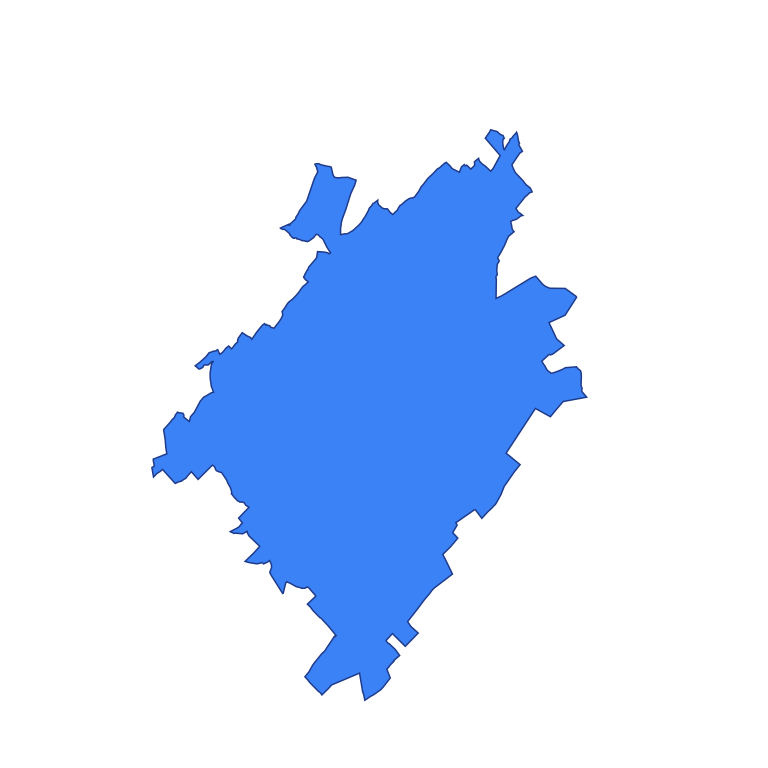 the district of Espita, Yucatán, Mexico, rotated 220°
{"feature_id": "50627088B66728778479631", "entity_name": "Espita", "entity_type": "district", "adm_level": 2, "iso_a3": "MEX", "parent_name": "Mexico", "parent_adm1": "Yucatán", "projection": "equal_earth", "projection_center": [-88.312, 21.01], "detail": "fine", "context": "isolated", "style": "filled", "palette": "blue", "viewbox_px": 768, "rotation_deg": 220, "n_neighbors": 0, "source": "geoboundaries", "source_scale": "gbopen_adm2", "svg_char_len": 6171}
<svg xmlns="http://www.w3.org/2000/svg" viewBox="0 0 768 768"><g transform="rotate(220 384 384)"><path d="M480.0,173.6L478.4,177.1L476.7,179.4L476.1,182.0L475.2,184.5L475.4,187.5L475.2,193.0L465.1,191.4L463.3,211.5L461.3,211.8L460.0,211.4L457.9,210.2L456.6,209.9L454.0,210.6L451.5,211.8L442.9,209.3L440.4,207.9L435.4,206.0L432.5,204.3L430.5,202.6L430.4,201.8L428.2,201.5L426.7,201.0L421.3,200.4L418.5,200.9L416.8,202.4L415.0,203.2L412.0,202.3L408.3,202.8L408.2,202.2L409.2,187.8L403.2,186.5L403.4,184.6L403.3,184.3L403.2,181.4L404.2,178.5L406.9,172.1L405.9,172.2L404.3,172.9L403.2,172.9L402.1,174.1L395.9,178.5L394.2,183.1L392.9,182.1L389.7,180.8L374.9,179.8L375.1,171.4L376.4,158.8L372.3,160.6L365.7,164.6L362.7,168.5L362.1,168.9L360.6,168.8L358.8,172.6L358.1,175.3L354.1,173.2L352.9,172.0L352.1,171.0L350.5,166.4L350.0,166.0L346.7,164.7L327.0,158.4L326.7,158.9L331.1,167.8L331.6,169.8L328.4,170.9L320.8,172.4L317.5,174.1L315.8,174.5L313.3,176.7L312.3,179.3L310.4,179.5L301.1,178.0L299.9,177.6L301.2,166.1L297.2,165.8L292.1,164.7L282.9,163.8L281.9,164.1L271.7,162.9L258.9,160.5L259.1,158.8L259.8,158.9L257.8,141.3L258.3,137.6L258.2,129.4L258.1,129.1L258.2,126.6L257.9,122.6L256.5,115.4L256.4,108.9L251.5,108.2L249.6,107.7L236.8,106.4L234.5,106.6L231.7,105.9L230.8,115.1L230.7,119.8L216.9,146.8L202.4,134.4L199.7,132.9L195.4,129.4L193.6,135.7L192.1,139.6L190.0,147.6L189.8,150.8L190.2,162.8L198.6,167.4L198.4,169.2L198.6,172.8L198.2,178.1L198.8,178.2L197.5,186.1L204.7,187.9L213.1,188.4L215.0,188.0L217.6,188.9L217.1,198.2L199.1,196.7L197.7,215.2L207.5,215.5L213.2,217.2L213.7,232.7L214.4,245.1L214.3,252.9L214.6,256.5L214.4,260.0L209.4,282.4L222.9,288.5L229.4,291.2L228.4,302.0L228.4,313.4L235.8,314.3L237.3,322.9L239.8,323.9L233.9,345.7L233.4,346.4L222.7,344.0L222.3,352.9L221.6,358.5L221.5,362.0L221.2,362.9L221.7,366.4L223.4,374.7L226.1,382.8L227.7,400.5L227.9,409.7L246.0,409.5L252.3,462.6L235.5,465.9L235.6,474.6L235.5,485.7L220.3,504.2L227.4,505.4L228.1,505.8L229.4,507.9L232.3,509.7L237.7,516.7L240.3,519.4L242.0,520.5L245.3,520.4L247.6,520.9L255.6,513.0L256.4,510.6L258.8,505.9L261.9,500.7L262.8,499.8L266.4,499.4L268.8,499.8L273.3,501.6L274.4,501.6L277.8,503.1L276.5,512.9L275.2,513.3L274.0,515.3L270.7,529.3L280.8,529.5L291.8,534.7L292.2,534.6L292.5,535.0L297.1,537.1L289.5,553.1L292.2,574.2L293.2,574.6L306.6,573.7L318.6,563.9L323.2,562.5L326.7,562.4L337.1,564.1L339.7,559.3L350.5,527.2L353.2,521.6L364.9,536.0L367.1,538.0L367.4,538.7L367.4,540.4L370.7,543.6L373.9,548.1L374.4,549.4L374.5,551.1L375.0,552.5L378.1,553.7L379.0,559.5L380.9,568.3L381.5,569.6L381.7,571.2L382.3,572.3L383.5,577.1L382.3,584.3L384.0,584.5L385.8,585.4L388.3,587.6L391.3,589.8L390.6,592.1L390.0,592.7L388.9,594.6L388.1,596.4L387.2,600.8L386.0,602.3L389.2,602.3L391.4,601.9L395.8,603.3L396.2,618.8L395.8,619.6L395.4,623.9L394.0,626.4L398.1,628.2L403.4,628.0L408.3,629.1L419.2,630.3L423.7,632.3L426.9,634.1L428.4,648.1L427.5,651.2L434.7,654.0L434.9,655.5L436.8,656.4L442.2,660.9L444.3,662.1L444.2,659.9L444.4,657.4L444.2,655.2L444.3,653.9L444.8,652.6L443.7,650.0L443.5,646.7L442.4,640.8L443.1,640.8L443.9,641.4L447.9,644.9L449.9,647.6L449.8,649.5L452.6,650.9L454.0,650.2L457.1,649.9L459.4,650.2L465.7,647.3L465.1,644.6L464.4,637.4L441.9,633.7L439.0,619.5L439.0,615.6L446.5,616.0L449.9,615.7L452.9,615.9L454.8,616.4L456.6,617.7L457.6,612.4L455.1,609.8L455.6,604.5L461.3,604.8L462.0,603.4L463.6,603.7L464.2,600.0L462.4,594.7L470.1,592.8L474.1,593.6L478.8,593.8L479.5,592.0L480.5,585.1L481.1,583.9L481.4,582.7L481.7,576.4L482.6,569.4L482.2,562.7L482.3,558.8L481.3,554.2L480.8,546.9L481.0,546.3L482.1,544.5L483.0,543.7L484.2,541.4L485.3,537.4L485.8,533.0L486.5,531.0L486.1,527.9L485.6,526.1L486.2,519.5L489.6,519.4L493.9,520.4L496.4,518.5L498.1,517.7L503.1,517.8L505.5,518.9L506.9,520.8L508.0,515.9L508.5,515.0L508.1,512.6L508.3,509.3L507.4,506.7L506.0,499.6L505.8,496.4L505.4,495.1L505.3,492.0L505.5,488.6L506.5,481.5L508.5,475.9L509.1,475.1L510.8,473.6L513.3,470.5L517.1,475.1L518.6,477.3L518.8,478.0L520.1,479.6L522.1,483.8L525.5,493.3L531.6,507.9L533.2,513.4L534.1,517.0L536.3,522.2L544.5,519.2L550.0,514.2L550.4,513.4L554.0,510.8L556.3,510.9L557.9,511.7L563.8,516.2L565.1,515.8L567.9,514.1L573.5,511.3L575.5,510.9L577.7,509.0L578.2,507.9L574.9,506.6L571.1,503.9L569.5,496.8L560.8,474.4L560.1,462.7L559.0,458.5L558.8,455.5L557.9,453.7L557.8,452.8L558.1,451.7L558.4,448.5L558.8,446.8L558.3,445.2L558.9,444.6L559.6,445.2L563.6,436.9L562.8,436.8L560.9,437.3L560.0,438.3L558.9,438.6L554.1,438.5L552.8,438.3L552.1,437.8L548.8,437.3L548.3,437.5L547.3,437.3L546.3,438.0L545.6,439.3L544.9,439.5L544.2,439.1L541.3,440.6L538.6,441.2L538.0,442.0L536.9,442.6L536.2,442.7L535.0,443.6L534.3,443.7L533.3,445.6L532.0,450.9L532.2,455.1L530.6,455.8L529.7,456.0L527.5,455.6L524.7,455.8L522.4,455.2L521.7,454.7L515.9,452.2L509.3,450.1L509.7,448.5L510.2,448.6L511.9,448.1L514.7,446.6L520.0,442.7L517.2,438.1L516.7,436.7L516.8,425.3L515.8,422.2L516.0,421.9L515.1,417.2L514.5,415.5L514.5,414.5L513.5,413.9L511.0,413.4L508.5,413.6L507.7,413.4L508.2,409.3L508.7,406.9L508.7,403.9L508.3,400.4L508.2,395.8L508.6,390.2L509.6,385.7L509.6,383.4L508.7,376.4L508.7,374.0L507.0,372.8L505.7,371.3L505.0,368.9L504.4,364.6L504.1,356.1L507.0,354.7L508.8,355.2L511.3,354.1L512.4,354.0L512.5,353.1L514.4,353.4L514.9,351.2L515.0,347.8L514.8,341.1L514.0,333.4L516.1,333.8L520.1,332.8L525.6,332.2L525.1,325.4L524.2,323.2L523.1,322.4L523.6,319.0L523.3,314.2L523.5,312.9L527.4,313.3L528.1,310.0L528.0,305.9L528.1,304.0L528.9,301.2L533.5,303.4L533.9,302.5L534.1,301.3L535.4,299.7L536.0,299.3L536.3,298.3L538.1,295.6L537.9,290.5L539.0,282.5L540.3,276.6L535.3,276.5L534.3,278.0L533.5,280.4L533.9,281.6L534.0,283.1L531.0,285.4L530.2,290.7L529.3,291.3L528.8,288.0L524.2,280.5L520.5,276.3L516.5,272.8L515.5,271.7L509.3,268.1L510.5,266.6L513.7,257.8L513.7,252.6L511.1,240.5L511.2,234.6L509.0,230.2L515.9,229.9L517.6,231.8L519.3,232.3L522.6,230.2L524.1,229.7L523.9,226.4L523.0,223.4L523.4,220.9L523.2,217.5L523.5,207.4L516.1,200.9L510.3,195.1L505.5,190.9L512.5,178.1L510.9,176.5L508.2,174.4L507.2,173.1L508.1,170.8L500.8,164.6L500.4,169.6L499.2,173.3L498.7,176.2L480.0,173.6Z" fill="#3b82f6" stroke="#1e3a8a" stroke-width="1.5"/></g></svg>